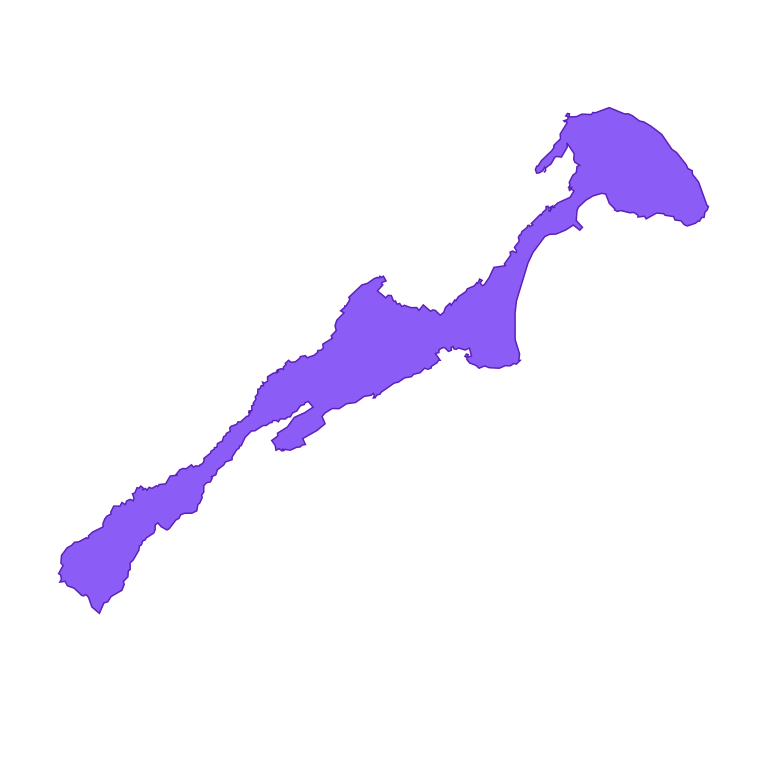 Badung, Bali, Indonesia, rotated 228°
{"feature_id": "22746128B76986430159502", "entity_name": "Badung", "entity_type": "district", "adm_level": 2, "iso_a3": "IDN", "parent_name": "Indonesia", "parent_adm1": "Bali", "projection": "robinson", "projection_center": [115.186, -8.545], "detail": "fine", "context": "isolated", "style": "filled", "palette": "violet", "viewbox_px": 768, "rotation_deg": 228, "n_neighbors": 0, "source": "geoboundaries", "source_scale": "gbopen_adm2", "svg_char_len": 6126}
<svg xmlns="http://www.w3.org/2000/svg" viewBox="0 0 768 768"><g transform="rotate(228 384 384)"><path d="M474.1,101.5L471.7,95.3L470.0,94.1L471.2,89.7L470.6,86.3L468.3,81.7L465.8,79.6L469.0,68.2L468.9,62.7L467.5,61.7L467.7,60.2L468.9,60.0L471.0,51.5L473.5,48.1L473.1,43.9L474.3,39.1L472.4,29.6L467.0,24.0L463.9,24.1L460.8,15.3L458.5,15.9L454.7,13.6L453.7,10.6L450.8,14.9L445.8,13.7L439.7,17.1L429.2,17.9L427.5,19.0L427.0,21.6L423.3,21.7L413.8,17.7L404.0,19.0L408.7,29.3L407.0,33.0L408.7,39.0L406.1,51.2L408.8,56.7L411.6,58.3L412.1,64.7L416.1,68.8L416.0,71.3L420.9,75.6L421.0,79.8L424.5,90.6L427.3,93.9L426.8,96.1L428.9,99.9L427.9,102.0L428.7,104.3L427.3,113.2L429.0,116.7L432.3,119.5L432.1,123.0L427.1,122.9L420.8,125.0L420.2,127.5L422.2,138.4L421.3,141.7L422.9,145.3L421.4,149.2L416.5,154.9L415.0,160.0L419.1,165.2L418.7,167.1L421.3,173.0L423.4,174.0L424.3,177.8L429.0,182.0L429.3,186.2L427.4,189.6L429.1,193.6L430.6,193.7L429.0,198.2L431.7,202.7L431.1,210.8L432.2,214.0L429.4,220.4L431.4,222.4L433.6,230.2L433.3,233.7L434.5,235.0L433.7,236.6L437.3,245.1L437.8,254.0L435.6,256.7L434.1,266.2L431.9,268.9L431.6,273.3L430.3,274.9L431.2,276.8L428.9,279.6L426.6,280.2L427.5,283.5L424.0,287.3L423.8,290.6L422.2,292.5L423.7,296.5L422.3,301.2L423.8,307.4L422.1,311.0L422.9,313.0L421.7,316.0L414.3,315.8L415.7,306.0L419.2,295.0L416.7,283.4L418.7,271.9L416.4,270.3L417.2,262.7L411.4,262.1L407.0,259.4L406.1,262.7L402.5,263.4L403.3,265.3L401.5,265.0L401.7,266.6L397.5,270.1L395.4,276.8L393.4,279.4L393.3,282.5L391.6,285.1L397.8,287.1L394.3,303.1L393.9,313.6L401.4,316.3L401.9,320.9L400.4,329.2L395.7,334.1L394.4,342.9L389.3,350.5L388.1,361.0L384.3,366.7L384.0,369.9L381.9,369.0L380.8,366.7L379.7,368.1L380.6,371.1L379.1,374.5L379.8,376.4L377.9,392.1L375.8,395.9L374.8,403.4L371.1,409.3L371.4,412.5L368.2,418.4L368.6,424.6L365.5,426.6L364.3,429.9L365.5,430.6L364.3,437.9L365.2,440.4L364.1,441.6L372.3,442.6L370.6,445.8L372.7,448.0L371.5,452.3L370.2,453.5L365.1,453.7L364.0,456.6L366.1,458.4L365.7,460.4L363.4,459.5L361.5,460.7L360.9,463.5L354.9,467.1L353.5,471.5L346.2,467.7L347.6,465.1L348.7,464.7L349.4,466.3L351.1,465.3L350.4,462.6L348.0,463.3L346.8,462.0L342.3,461.7L336.3,464.8L332.1,465.2L330.1,470.9L325.7,473.1L318.6,480.2L316.5,486.3L313.0,490.0L312.4,494.2L310.2,495.6L310.4,501.1L311.5,500.1L315.5,504.8L329.3,511.2L348.8,528.7L357.2,538.1L377.6,572.0L382.1,582.8L386.0,602.2L384.5,607.1L380.3,612.2L376.9,622.0L375.4,631.1L367.3,632.4L367.6,636.3L376.9,636.3L383.8,643.5L385.3,647.0L385.5,657.0L383.9,665.2L380.0,673.4L376.8,675.9L367.4,672.3L359.8,672.7L359.1,671.8L356.1,672.9L354.5,676.0L346.8,681.2L344.3,684.5L339.6,685.7L338.2,684.4L334.4,689.8L331.3,689.3L328.6,701.0L323.4,705.8L321.3,705.8L314.7,711.2L311.1,710.0L306.5,714.0L301.7,713.7L298.5,715.1L295.1,723.0L294.9,726.6L293.9,727.4L295.1,731.5L293.7,733.4L296.9,737.5L297.1,740.8L298.9,743.9L300.8,743.6L323.6,752.9L333.6,753.6L336.3,755.8L340.8,754.0L344.7,755.3L360.3,756.3L365.8,755.0L383.6,757.4L397.0,754.9L405.0,752.4L408.6,749.8L417.2,748.1L421.3,746.4L423.7,743.5L438.7,736.3L444.1,722.6L446.0,720.9L445.5,718.4L452.1,711.7L453.9,705.9L458.5,700.4L460.7,702.6L462.3,701.4L461.6,698.4L459.3,699.7L457.7,697.4L459.3,693.7L457.8,693.8L457.4,695.4L455.6,694.9L451.9,682.2L448.1,679.2L447.7,669.8L446.1,668.7L445.1,664.8L444.7,650.5L442.9,644.2L443.7,643.3L442.1,640.0L438.6,638.5L437.0,640.7L436.2,644.6L437.6,648.3L436.5,648.1L435.8,655.3L438.1,662.5L437.8,664.3L433.9,667.7L437.4,678.7L440.9,681.3L427.9,679.4L424.0,675.3L421.1,674.2L415.6,675.8L416.5,673.0L412.5,668.4L412.8,664.1L409.9,656.6L407.3,655.3L406.6,652.9L404.8,654.7L405.3,652.2L403.7,651.4L403.4,653.8L400.4,654.3L398.2,647.2L402.3,634.3L402.2,629.2L401.2,628.9L402.8,627.6L401.3,622.9L401.6,622.5L403.2,622.5L401.6,623.0L403.6,627.9L404.6,624.0L406.3,624.8L407.5,623.2L405.3,621.3L405.4,617.1L404.2,614.0L405.4,613.6L404.7,600.9L402.6,601.1L403.4,597.7L404.8,598.1L405.6,596.8L404.6,595.1L405.0,588.5L403.2,585.1L404.0,584.5L403.1,582.0L399.6,580.1L398.3,572.4L394.0,571.5L393.2,570.0L396.8,568.5L397.6,565.9L395.0,564.3L392.7,553.8L390.7,553.4L397.1,543.7L392.8,533.6L390.7,525.1L391.1,523.0L392.6,522.9L394.8,523.1L395.3,526.3L398.0,525.3L396.1,521.2L397.2,520.9L396.5,516.7L399.0,509.7L397.9,506.5L399.1,497.6L397.7,493.1L399.1,493.0L397.5,486.6L399.9,487.0L399.8,481.0L397.3,476.4L397.5,471.8L404.3,471.4L406.4,469.9L406.9,467.3L416.5,466.1L415.3,459.3L418.9,459.5L422.7,455.1L428.9,451.8L429.5,449.1L433.4,449.5L434.7,447.0L438.0,448.1L438.6,446.8L440.2,446.9L444.8,448.6L447.2,446.4L446.8,443.0L457.6,441.4L458.4,449.4L460.2,449.2L460.6,450.9L459.2,454.5L464.5,455.7L465.1,453.3L466.8,453.1L466.3,451.0L467.7,450.4L468.9,447.2L469.8,439.3L472.4,433.8L472.0,415.8L470.4,415.7L469.0,413.5L467.4,407.7L468.2,407.1L467.3,406.1L467.4,400.7L463.7,401.9L463.0,391.6L460.0,386.5L455.7,384.3L455.1,376.9L452.6,376.2L454.6,365.2L451.3,362.9L451.2,359.8L453.2,357.2L451.9,355.5L452.1,351.3L455.0,344.4L457.7,344.6L460.4,340.1L459.5,338.6L459.8,333.1L462.3,329.5L465.5,328.9L465.4,324.5L464.1,324.2L463.9,320.5L462.2,319.1L464.3,317.6L465.8,314.3L465.4,312.8L464.2,314.0L463.8,312.3L466.1,309.1L467.3,302.3L463.9,299.3L464.8,295.8L466.6,295.0L463.3,293.4L464.9,291.6L463.4,288.4L464.6,286.8L461.2,283.6L460.6,279.7L458.2,278.5L457.3,274.0L455.7,273.4L456.3,271.0L452.7,268.2L454.3,265.6L453.2,264.3L452.5,265.8L450.9,261.7L451.9,260.2L451.8,251.9L453.5,250.3L452.7,247.3L454.9,242.1L454.7,240.1L451.8,238.1L452.8,233.7L451.6,232.1L452.2,229.6L449.8,225.8L451.2,220.4L448.9,217.5L450.2,215.4L449.2,214.5L449.8,210.4L448.7,208.8L449.3,200.4L447.5,199.1L446.2,196.0L447.1,193.0L446.4,192.1L449.3,189.1L449.5,186.9L452.8,186.9L453.4,180.3L455.8,178.0L456.9,174.9L455.9,169.0L454.8,169.1L458.7,163.5L455.9,154.9L459.8,149.6L459.2,147.4L460.7,146.7L461.7,141.7L464.4,140.3L463.6,136.9L466.1,136.8L466.8,134.1L468.0,135.4L470.9,135.0L470.6,132.2L472.2,131.1L469.8,126.0L470.7,123.6L466.8,122.0L465.0,119.6L468.1,118.2L469.3,114.4L467.5,111.1L471.3,110.0L469.9,106.0L474.1,101.5ZM436.1,648.3L434.5,646.5L434.1,644.4L434.4,646.9L436.1,648.3Z" fill="#8b5cf6" stroke="#5b21b6" stroke-width="1.5"/></g></svg>